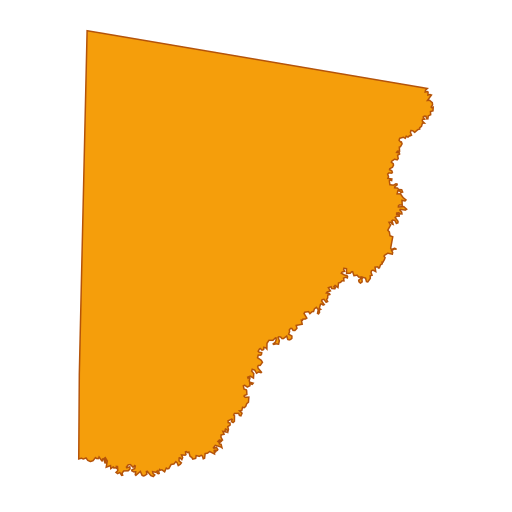 Belgrano, Santiago del Estero, Argentina (Albers equal-area conic projection), rotated 271°
{"feature_id": "61730980B47284560228773", "entity_name": "Belgrano", "entity_type": "district", "adm_level": 2, "iso_a3": "ARG", "parent_name": "Argentina", "parent_adm1": "Santiago del Estero", "projection": "albers", "projection_center": [-62.359, -29.145], "detail": "fine", "context": "isolated", "style": "filled", "palette": "amber", "viewbox_px": 512, "rotation_deg": 271, "n_neighbors": 0, "source": "geoboundaries", "source_scale": "gbopen_adm2", "svg_char_len": 5995}
<svg xmlns="http://www.w3.org/2000/svg" viewBox="0 0 512 512"><g transform="rotate(271 256 256)"><path d="M50.0,82.3L50.8,85.0L50.0,86.8L51.1,89.6L48.7,91.4L47.6,94.0L48.5,96.6L51.6,99.0L50.7,100.2L50.7,102.0L52.3,102.6L48.5,105.4L48.5,106.0L50.4,106.2L50.5,107.4L46.5,108.6L46.5,109.4L49.5,109.1L51.0,107.8L51.8,108.8L48.5,110.9L42.2,109.9L43.9,114.2L40.9,114.5L42.6,116.9L41.5,117.7L41.9,118.9L41.2,120.3L43.2,120.1L43.1,121.2L39.0,121.6L37.2,119.8L36.0,121.4L37.2,123.6L34.3,125.5L34.5,126.5L36.6,125.9L38.8,127.6L39.0,132.0L41.0,133.8L43.0,133.5L42.0,130.5L42.7,130.1L45.0,131.9L45.2,134.1L42.6,136.8L44.4,138.4L43.9,139.0L41.2,138.4L40.1,135.7L39.1,135.5L38.0,137.6L38.2,139.5L35.2,139.1L34.6,139.7L38.6,144.1L34.7,145.9L34.1,147.2L34.4,148.4L36.0,150.7L38.6,150.2L38.9,151.0L34.6,154.7L33.7,157.2L35.3,158.6L36.7,156.8L38.6,156.4L38.0,159.6L39.2,160.9L37.0,161.1L36.6,162.2L36.9,163.0L39.1,162.5L40.9,163.4L40.2,164.2L40.6,165.6L38.6,168.4L42.4,170.0L41.6,171.3L42.0,172.6L46.1,174.8L46.6,177.6L49.0,179.4L48.0,180.7L45.1,181.9L46.4,183.9L47.9,185.0L49.8,182.6L52.8,182.7L53.0,183.4L51.1,185.4L53.1,186.2L55.8,185.0L55.6,188.6L56.2,189.4L59.0,188.9L59.3,189.7L58.2,191.2L58.8,192.3L54.5,193.6L53.5,195.3L51.8,196.3L52.6,199.2L55.4,199.7L54.7,202.9L55.8,204.7L54.9,206.0L52.3,206.8L52.9,208.1L57.6,208.6L58.0,210.9L59.7,213.1L57.3,218.0L58.7,217.9L59.6,219.1L60.3,217.5L61.0,217.7L61.0,220.8L61.9,221.2L63.9,219.8L63.1,217.3L63.5,216.8L66.0,218.6L64.6,223.9L63.7,225.3L67.1,224.4L67.5,222.6L68.7,222.7L69.7,224.1L70.0,223.2L69.2,222.1L69.9,221.1L71.4,222.6L70.9,224.9L71.4,225.7L74.3,224.1L76.5,224.3L77.2,227.2L80.1,225.9L79.5,229.1L81.0,228.1L82.5,228.5L82.0,229.7L79.7,230.9L82.2,231.5L84.9,230.7L86.4,233.0L87.5,233.1L88.6,232.9L88.9,231.1L90.7,230.9L92.5,234.5L92.2,235.1L90.1,234.4L89.4,235.2L89.1,236.0L90.3,237.3L95.9,237.3L96.6,236.4L98.2,237.2L98.4,241.4L96.3,242.2L95.9,243.7L98.6,244.8L100.9,242.2L101.3,244.5L104.5,245.2L104.1,246.8L105.4,248.3L108.2,249.3L109.7,251.0L114.8,251.3L114.5,247.7L115.6,246.5L116.3,246.7L117.4,249.3L121.2,249.0L122.0,248.7L122.8,246.3L126.0,245.6L126.6,246.9L124.8,249.6L126.2,252.2L128.3,252.0L127.6,254.5L128.8,255.4L129.8,251.8L131.3,251.4L133.9,252.1L134.4,251.5L133.6,250.2L134.7,249.8L135.8,252.3L133.9,255.6L138.4,255.8L140.8,253.7L142.7,254.2L141.9,256.7L138.8,258.6L140.1,260.6L139.4,263.0L139.9,263.5L143.8,260.1L145.3,259.6L146.6,260.2L146.7,262.1L149.8,264.3L151.8,263.1L154.3,259.3L157.0,260.0L156.9,262.5L158.0,263.3L159.5,263.4L159.8,260.9L160.8,259.8L163.1,261.1L163.6,261.8L162.0,263.6L162.2,264.6L163.0,265.4L164.8,265.4L164.4,267.4L163.2,268.5L168.9,268.5L171.9,270.4L172.0,274.4L174.5,276.9L174.4,277.5L172.5,277.6L170.2,276.8L168.4,274.7L167.9,275.2L168.5,277.6L168.2,280.1L171.6,280.8L175.1,279.5L175.7,280.4L175.4,282.1L173.9,283.4L173.9,284.8L176.5,288.1L173.1,289.2L172.7,290.7L173.2,292.1L174.3,293.3L176.6,293.3L178.4,290.0L180.9,290.9L182.7,290.6L184.2,291.8L184.2,293.1L182.2,294.4L182.2,296.2L184.4,298.2L187.3,297.4L188.6,303.4L192.7,302.5L192.6,303.6L193.7,304.0L193.9,306.6L194.8,307.9L199.4,305.0L200.7,305.8L201.3,309.5L199.3,310.9L201.4,313.1L201.5,314.5L204.1,315.3L205.7,317.2L203.4,319.2L199.7,318.5L199.2,319.5L200.7,320.5L203.0,320.1L203.8,321.6L204.7,320.2L208.8,321.3L209.3,322.0L208.1,324.0L208.6,325.1L212.1,322.4L213.4,322.8L213.9,324.7L211.0,326.9L211.7,328.4L213.7,327.3L215.3,328.4L218.1,328.4L218.8,330.5L219.7,330.1L220.3,327.0L221.3,327.8L222.4,331.0L225.6,328.9L226.6,331.6L224.8,332.2L224.6,335.4L226.0,336.0L225.7,335.4L226.7,334.4L228.0,335.6L225.9,338.5L230.5,339.0L231.1,341.0L232.7,342.5L232.7,344.4L235.4,343.9L236.3,346.0L235.7,347.7L237.2,347.9L238.0,347.3L238.5,344.8L240.3,341.6L241.5,342.4L242.2,344.8L244.2,343.8L245.3,344.1L244.9,346.7L240.2,346.9L240.4,350.5L242.0,352.0L242.0,352.9L238.0,354.3L238.6,357.4L236.6,359.2L236.9,361.7L235.1,360.9L233.6,359.1L232.0,359.4L230.7,360.9L232.0,362.6L234.9,362.3L236.5,363.2L235.8,365.9L232.3,366.9L232.0,368.2L235.6,370.7L238.2,370.5L238.8,372.4L241.6,371.3L243.4,371.8L243.9,373.2L242.5,376.0L246.9,375.2L247.3,377.9L246.1,378.6L246.3,379.6L249.3,380.6L250.4,382.4L252.0,382.1L252.0,383.0L254.6,384.4L256.6,385.1L257.8,384.1L258.8,384.3L261.1,387.7L260.2,392.3L261.9,392.6L263.8,391.5L265.4,394.2L265.2,396.4L266.2,394.5L264.9,391.3L266.2,390.5L277.6,392.4L278.6,389.6L282.4,388.9L284.1,387.3L289.2,390.0L292.0,388.4L292.1,390.7L290.4,391.4L290.0,392.5L293.8,391.3L294.3,392.1L294.0,394.2L291.0,395.8L291.6,397.3L293.1,397.4L296.9,394.5L298.3,396.0L298.3,398.5L299.2,398.5L300.1,398.1L300.2,395.9L301.4,395.9L301.8,398.0L300.6,399.4L300.6,401.2L302.3,400.9L304.5,399.0L305.2,399.4L304.5,404.5L305.4,405.8L308.0,402.8L307.5,397.5L308.6,397.5L309.6,398.5L309.4,401.3L314.2,401.0L313.6,404.0L314.7,405.0L317.0,402.0L320.6,399.4L320.6,396.0L323.6,396.6L323.4,398.7L321.9,399.9L322.5,401.5L324.8,400.5L325.0,397.4L326.4,396.3L326.6,393.4L327.9,393.7L329.6,395.9L330.5,395.7L330.6,394.5L329.2,392.2L329.6,388.6L333.6,388.0L334.4,388.8L333.8,390.3L335.4,390.5L335.9,386.5L337.6,387.1L340.2,386.2L341.4,387.4L341.2,390.3L342.1,390.9L343.7,390.2L344.6,388.0L345.6,388.2L347.1,390.9L349.2,391.9L350.7,391.6L352.1,389.7L353.1,390.0L355.2,392.8L354.6,395.5L355.9,396.5L359.2,395.8L360.4,397.8L361.7,397.5L362.0,394.8L363.3,395.6L363.3,397.7L367.4,397.4L367.8,398.5L370.7,400.1L372.6,399.4L372.4,398.7L374.2,397.0L376.2,397.6L377.3,401.3L376.3,403.2L378.4,404.1L377.5,405.9L379.0,407.4L378.7,407.8L379.5,409.4L382.3,408.2L384.2,408.7L384.0,410.5L382.4,412.5L385.2,415.6L385.8,417.5L387.1,417.4L388.5,419.2L391.8,420.1L391.8,422.1L393.9,419.9L395.6,420.1L395.7,422.1L397.9,420.7L398.8,421.8L398.7,423.6L396.1,424.1L396.1,425.4L399.1,425.8L400.3,428.2L403.5,427.9L404.2,430.4L407.9,430.6L407.3,429.2L408.0,428.5L410.2,429.9L412.4,429.6L414.7,426.8L414.5,424.7L420.0,428.6L420.5,427.1L419.9,425.1L422.9,425.2L423.4,424.4L422.9,422.3L424.8,422.6L426.5,424.4L478.3,83.2L135.0,81.4L50.0,82.3Z" fill="#f59e0b" stroke="#b45309" stroke-width="1.5"/></g></svg>